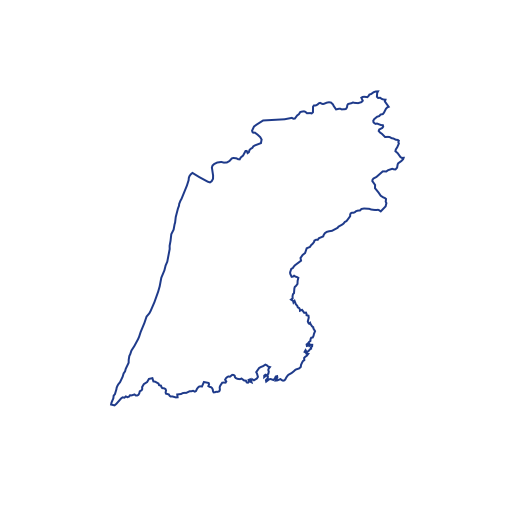 outline of Wanderley, Bahia, Brazil, rotated 215°
{"feature_id": "56859067B16383001384874", "entity_name": "Wanderley", "entity_type": "district", "adm_level": 2, "iso_a3": "BRA", "parent_name": "Brazil", "parent_adm1": "Bahia", "projection": "natural_earth1", "projection_center": [-43.953, -11.797], "detail": "fine", "context": "isolated", "style": "outline", "palette": "blue", "viewbox_px": 512, "rotation_deg": 215, "n_neighbors": 0, "source": "geoboundaries", "source_scale": "gbopen_adm2", "svg_char_len": 6110}
<svg xmlns="http://www.w3.org/2000/svg" viewBox="0 0 512 512"><g transform="rotate(215 256 256)"><path d="M289.5,51.2L286.2,52.5L285.6,54.7L284.8,62.0L284.2,63.7L282.5,64.5L282.1,66.3L280.3,66.6L279.3,68.2L279.3,69.7L278.0,70.4L276.1,72.9L274.5,72.8L273.3,73.6L272.7,74.8L272.8,76.4L273.6,78.5L272.7,80.4L272.9,81.8L274.1,83.3L274.4,86.7L272.9,90.3L273.2,93.9L270.8,96.5L268.1,94.4L266.5,95.2L262.7,95.6L261.3,94.6L259.5,95.3L258.2,94.4L257.0,94.0L255.4,94.9L253.9,95.1L252.6,94.3L251.8,92.4L250.8,91.6L248.0,92.6L246.7,92.0L245.5,91.9L243.9,93.0L240.5,94.2L239.2,95.3L241.1,97.4L238.2,100.0L237.4,101.6L236.2,102.8L234.6,103.9L232.8,107.1L231.4,108.1L230.2,109.5L228.3,109.8L227.7,111.1L228.1,113.0L228.1,114.7L227.8,116.2L227.0,117.2L225.4,118.1L226.4,122.9L222.0,124.8L220.9,124.1L220.4,122.1L218.9,122.2L217.8,122.7L216.6,122.7L214.9,121.9L213.7,120.6L212.5,120.0L211.5,120.8L210.8,121.9L209.6,122.6L208.5,124.1L208.8,125.6L210.5,127.7L210.9,129.3L211.0,132.8L209.9,133.8L208.3,134.8L208.4,136.2L210.3,136.9L210.5,138.6L210.1,140.4L209.5,141.5L208.1,142.2L207.3,145.0L206.1,145.7L204.8,145.7L203.8,144.7L202.6,144.4L200.9,144.7L199.6,145.3L198.4,146.0L197.6,147.3L194.3,147.2L192.8,148.1L191.1,147.1L189.9,147.6L189.6,149.1L191.0,150.2L190.1,151.6L188.8,151.3L188.2,152.9L186.4,153.0L185.0,156.2L185.1,158.1L187.7,160.2L189.2,161.0L189.2,166.1L188.2,168.1L187.1,169.7L186.0,172.4L184.3,172.7L182.7,172.4L180.9,173.0L181.0,171.1L180.6,169.7L179.2,168.6L178.3,166.5L179.1,164.0L177.3,164.3L176.3,162.6L176.7,160.0L175.6,159.0L174.5,162.5L173.5,163.6L170.6,164.4L170.3,166.5L170.7,168.6L169.8,169.7L168.9,168.8L168.4,165.3L167.2,166.3L165.4,169.2L163.7,169.1L162.3,169.4L161.4,170.4L161.2,171.8L161.5,173.7L161.5,175.9L161.3,177.3L159.7,180.6L158.9,183.3L158.6,184.9L158.1,186.1L156.2,188.6L155.7,190.8L156.7,192.7L157.1,195.1L157.3,196.8L156.7,198.4L158.1,200.1L157.9,201.6L157.2,203.4L157.1,205.7L158.7,204.9L159.7,205.5L161.2,205.3L161.4,207.3L160.3,206.8L159.0,206.8L158.4,208.6L158.3,210.4L157.7,211.7L158.6,212.7L158.2,214.1L159.0,215.5L160.4,214.6L160.7,213.3L162.0,214.6L163.3,214.2L163.2,216.1L162.7,217.6L163.6,219.1L163.9,220.7L162.8,221.8L163.1,223.6L163.9,225.6L164.5,228.3L167.3,229.5L168.3,230.5L169.7,230.5L172.2,231.5L173.4,232.3L173.6,231.0L174.9,231.3L176.1,232.2L177.4,235.7L178.8,237.2L180.6,236.5L181.5,237.6L182.6,238.3L183.9,237.1L187.4,238.3L188.6,236.4L189.4,237.4L190.7,238.1L192.3,237.9L193.7,238.9L195.6,239.3L198.6,241.3L198.6,239.4L199.9,240.5L202.3,240.4L201.7,242.3L203.0,244.0L203.8,245.9L203.6,247.4L206.0,251.5L206.5,253.0L206.1,254.3L206.0,256.9L207.7,259.6L208.8,262.4L210.5,262.2L212.0,261.7L213.5,261.7L213.9,260.3L214.9,259.4L217.8,261.1L218.7,262.2L219.7,265.6L218.9,267.4L219.0,269.1L218.7,271.0L216.4,278.0L218.4,279.9L218.4,283.6L217.5,286.6L218.9,291.4L217.0,294.4L217.1,296.4L216.6,298.6L216.5,300.8L217.0,302.1L216.1,303.8L214.7,304.7L214.7,306.6L212.2,310.6L212.6,312.0L212.7,314.1L211.9,316.3L210.4,318.1L208.2,320.2L205.3,325.9L205.3,327.3L203.5,331.0L202.9,332.7L202.8,334.8L201.9,336.5L201.8,338.5L201.7,342.6L202.6,343.9L202.9,345.2L202.3,346.4L200.9,347.4L200.1,348.7L199.8,350.0L198.7,351.5L196.9,353.0L196.6,355.0L194.7,356.9L190.3,359.6L188.4,360.1L185.7,361.5L183.8,362.7L182.6,363.8L181.4,364.1L179.4,364.1L178.3,371.0L179.5,374.1L180.9,374.9L182.2,377.3L183.7,377.4L185.4,377.0L188.4,376.9L192.1,378.3L197.4,379.8L199.2,382.5L203.7,384.1L204.3,385.4L204.2,386.9L202.7,389.8L200.7,398.0L199.3,399.0L197.8,399.9L197.0,402.1L194.4,405.6L192.7,406.1L191.4,406.9L191.1,409.3L192.5,412.3L192.7,413.5L191.4,417.2L191.0,419.7L191.4,421.1L192.8,420.0L194.4,419.9L198.9,421.5L201.9,421.8L202.6,423.5L202.7,426.2L203.5,430.1L204.8,431.0L205.1,432.3L206.4,432.4L208.3,431.4L210.7,431.1L212.5,430.3L214.7,430.1L216.2,429.3L218.5,427.5L222.9,428.3L225.3,428.3L227.2,428.8L227.6,430.3L226.0,433.3L226.0,434.9L227.1,435.9L228.6,435.0L232.9,433.9L233.7,432.9L235.0,432.7L236.4,432.9L237.5,434.0L237.7,435.8L236.7,439.5L235.3,441.3L235.1,443.3L233.5,445.0L233.4,446.9L234.0,451.2L233.7,453.0L232.9,454.3L239.1,456.5L239.6,458.3L241.3,457.3L243.1,456.8L245.1,456.8L246.6,455.5L248.3,455.8L250.3,459.1L250.5,460.8L252.3,459.4L253.6,457.6L254.6,454.7L255.7,453.3L255.6,451.6L255.9,450.0L258.7,448.5L259.9,447.4L260.5,446.1L257.6,444.4L257.9,442.5L260.0,439.8L263.4,437.8L264.6,437.4L265.4,436.0L267.7,433.4L267.7,431.9L266.8,430.1L266.6,428.3L267.3,427.3L270.0,425.2L271.4,425.0L272.4,424.3L274.5,422.0L278.5,423.5L279.9,424.3L282.6,424.7L284.4,423.8L285.9,422.3L287.8,419.4L288.9,418.6L291.3,418.2L292.1,417.1L292.5,415.3L293.4,413.6L294.9,412.5L294.9,411.0L291.8,406.4L292.2,404.7L293.5,404.2L296.1,402.2L298.3,402.4L299.7,402.0L301.2,400.6L302.3,399.3L302.2,396.8L302.9,394.7L303.0,390.9L304.1,389.9L305.9,389.7L311.0,384.4L327.9,371.1L330.9,363.9L331.9,360.9L331.1,356.4L330.1,355.6L329.0,355.4L327.7,356.4L324.3,356.3L320.7,355.8L318.2,354.6L316.7,351.3L320.3,346.0L321.1,344.3L321.0,342.5L321.8,340.8L322.1,339.1L321.4,337.0L321.9,335.5L323.9,336.7L324.8,336.0L324.2,330.8L325.0,328.0L324.8,325.8L326.2,325.0L328.0,324.8L330.8,323.3L331.8,322.0L332.2,318.6L333.5,315.9L335.8,314.1L338.4,313.1L341.4,310.3L343.0,307.4L343.5,305.2L342.9,303.2L337.3,297.3L335.5,294.6L335.2,291.8L335.9,289.9L338.1,289.2L347.7,288.1L355.7,287.6L356.3,285.4L356.3,283.1L355.8,281.4L354.7,279.5L353.0,274.1L349.8,260.1L349.6,258.0L348.8,254.6L347.9,253.0L347.2,250.2L344.1,241.9L341.4,236.9L340.9,235.3L338.6,230.3L337.9,225.3L334.7,219.4L332.6,214.8L330.7,212.2L325.4,200.4L324.6,196.4L322.8,191.7L321.1,183.9L317.5,175.9L315.7,170.7L312.7,159.8L310.8,150.5L310.5,147.8L310.9,143.6L309.0,137.1L306.9,127.6L305.4,122.7L304.9,120.1L304.0,112.4L303.8,107.1L302.7,103.4L302.4,101.4L300.7,97.9L299.1,95.5L298.0,88.9L297.1,86.4L297.1,83.9L296.0,80.6L295.0,74.7L295.2,71.8L295.0,70.0L294.6,68.2L293.9,66.7L292.3,61.9L292.5,60.0L291.2,57.5L290.3,53.1L289.5,51.2ZM163.3,214.2L161.8,212.5L162.7,211.5L163.8,212.6L163.3,214.2ZM179.1,164.0L180.2,164.1L180.6,162.7L179.8,161.5L179.1,164.0ZM188.8,151.3L188.5,149.8L187.2,150.0L188.8,151.3Z" fill="none" stroke="#1e3a8a" stroke-width="2"/></g></svg>